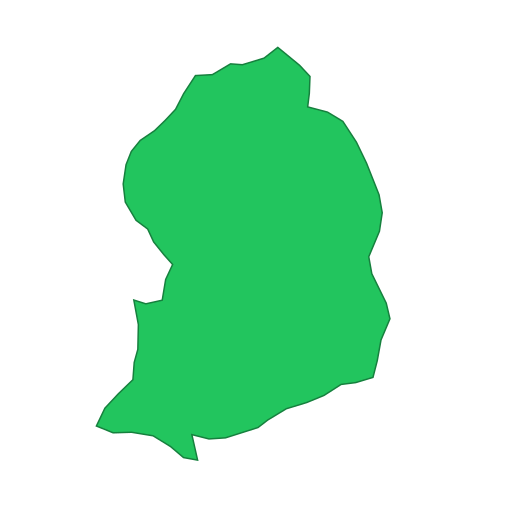 the district of Vitória Brasil, São Paulo, Brazil, rotated 187°
{"feature_id": "56859067B68345580713406", "entity_name": "Vitória Brasil", "entity_type": "district", "adm_level": 2, "iso_a3": "BRA", "parent_name": "Brazil", "parent_adm1": "São Paulo", "projection": "robinson", "projection_center": [-50.482, -20.199], "detail": "fine", "context": "isolated", "style": "filled", "palette": "green", "viewbox_px": 512, "rotation_deg": 187, "n_neighbors": 0, "source": "geoboundaries", "source_scale": "gbopen_adm2", "svg_char_len": 950}
<svg xmlns="http://www.w3.org/2000/svg" viewBox="0 0 512 512"><g transform="rotate(187 256 256)"><path d="M125.1,149.8L122.9,166.9L121.7,187.9L115.4,210.0L121.0,225.1L138.9,252.5L144.0,269.0L136.5,295.6L136.0,314.3L141.3,331.7L157.6,361.6L170.2,381.2L186.2,400.2L202.5,407.5L222.9,410.3L222.9,424.0L224.3,440.8L236.0,450.6L259.8,465.7L272.1,453.4L292.8,444.2L304.7,443.6L321.4,430.7L338.1,427.7L347.6,408.3L353.7,391.8L362.7,379.5L371.9,368.1L385.0,356.6L392.5,344.6L396.1,330.8L396.6,311.3L392.3,293.6L379.4,276.8L366.8,269.6L359.3,257.5L347.6,246.1L337.7,237.4L342.8,221.7L343.7,200.7L359.5,195.1L371.9,197.4L364.4,173.6L361.9,149.0L363.9,135.5L363.1,118.2L375.8,102.5L387.4,86.6L393.7,67.8L376.3,63.1L358.1,65.9L336.2,65.0L317.5,56.4L303.4,47.1L289.1,46.3L297.9,70.9L280.4,68.7L264.1,71.8L233.1,86.0L224.3,94.7L207.3,108.1L187.7,116.8L171.4,126.0L155.9,138.9L141.6,142.5L125.1,149.8Z" fill="#22c55e" stroke="#15803d" stroke-width="1.5"/></g></svg>